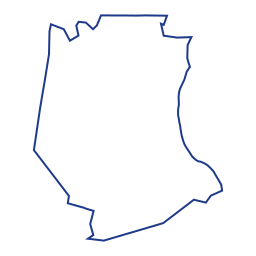 outline of Jefferson, Missouri, United States of America
{"feature_id": "52423323B41402843963170", "entity_name": "Jefferson", "entity_type": "district", "adm_level": 2, "iso_a3": "USA", "parent_name": "United States of America", "parent_adm1": "Missouri", "projection": "mercator", "projection_center": [-90.467, 38.253], "detail": "fine", "context": "isolated", "style": "outline", "palette": "blue", "viewbox_px": 256, "rotation_deg": 0, "n_neighbors": 0, "source": "geoboundaries", "source_scale": "gbopen_adm2", "svg_char_len": 956}
<svg xmlns="http://www.w3.org/2000/svg" viewBox="0 0 256 256"><path d="M83.7,207.7L86.5,208.8L93.6,210.9L90.2,224.0L93.3,235.1L87.9,238.7L103.8,240.6L163.2,223.1L193.9,199.7L205.8,202.6L210.9,195.6L222.1,190.6L221.2,184.6L213.3,171.1L210.4,168.0L207.6,165.3L204.2,163.2L200.6,161.7L198.4,161.3L196.4,160.3L193.2,157.6L192.2,156.5L185.2,145.7L184.7,144.6L184.4,144.1L183.2,140.9L181.7,135.6L180.6,129.4L180.3,126.8L179.2,121.5L178.8,118.6L178.1,115.0L178.1,109.3L178.9,104.8L178.6,96.2L179.2,91.6L180.1,88.6L184.4,79.5L186.7,71.7L188.0,69.7L188.9,68.3L189.0,68.1L189.9,67.2L187.3,58.4L187.6,45.2L191.4,37.1L177.1,37.6L163.7,35.7L161.0,23.7L163.7,24.9L167.0,15.7L145.4,15.4L136.4,15.6L128.9,15.5L128.0,15.5L101.0,15.4L96.9,25.4L93.0,29.2L85.9,22.6L78.7,21.8L76.3,25.6L78.5,35.6L69.9,40.7L63.8,29.2L51.0,24.3L49.5,31.3L49.0,54.3L44.8,80.4L42.6,93.2L40.0,108.8L33.9,150.1L68.9,195.9L67.8,203.3L83.7,207.7Z" fill="none" stroke="#1e3a8a" stroke-width="2"/></svg>